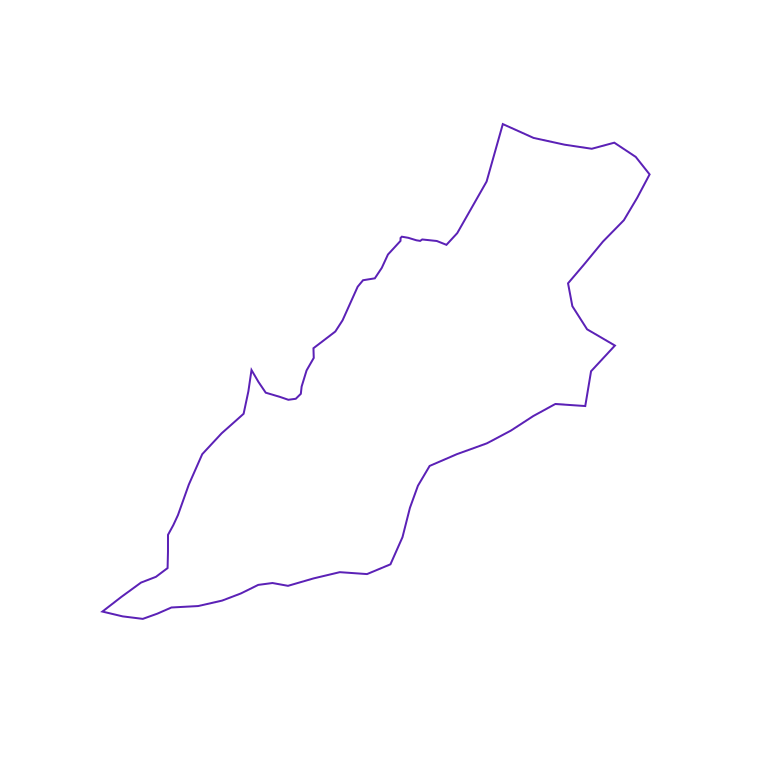 the District of Hajigabul, rotated 105°
{"feature_id": "AZE-1694", "entity_name": "Hajigabul", "entity_type": "District", "adm_level": 1, "iso_a3": "AZE", "parent_name": "Azerbaijan", "parent_adm1": "", "projection": "natural_earth1", "projection_center": [48.915, 40.078], "detail": "fine", "context": "isolated", "style": "outline", "palette": "violet", "viewbox_px": 768, "rotation_deg": 105, "n_neighbors": 0, "source": "natural_earth", "source_scale": "10m", "svg_char_len": 1172}
<svg xmlns="http://www.w3.org/2000/svg" viewBox="0 0 768 768"><g transform="rotate(105 384 384)"><path d="M353.2,183.9L359.0,213.4L376.4,231.6L396.3,249.5L414.7,269.3L432.8,295.3L451.3,318.7L473.5,324.9L496.9,326.9L527.2,326.5L556.5,331.1L572.0,351.2L577.2,378.0L590.0,401.7L603.8,424.5L605.1,440.2L610.6,453.5L623.4,468.1L635.1,484.3L646.6,506.1L654.9,531.5L664.5,543.5L673.3,556.2L676.1,576.3L676.7,597.1L657.5,582.5L638.7,567.3L629.3,554.4L617.8,545.4L602.1,549.2L585.6,553.6L574.9,551.0L564.0,549.1L531.7,546.5L498.8,541.4L473.7,528.1L449.1,511.9L426.2,513.1L404.8,515.6L414.6,505.7L423.0,496.0L423.4,481.0L424.0,472.3L421.1,465.4L415.0,461.8L407.8,462.9L390.9,462.3L377.0,458.6L367.7,461.4L345.9,444.6L333.2,440.5L296.8,434.6L289.2,431.1L284.3,420.2L272.4,416.2L257.9,413.7L241.5,405.1L238.7,405.8L237.1,404.9L236.5,398.4L236.8,389.9L236.4,386.1L234.5,384.5L232.2,370.0L233.4,359.7L219.3,352.3L161.9,337.3L102.2,336.5L107.6,303.2L106.1,271.5L103.0,244.2L91.3,224.0L99.5,199.6L112.8,181.7L138.5,187.6L163.7,194.7L189.8,209.4L217.2,221.9L239.1,232.3L260.1,222.2L278.6,202.0L287.1,170.9L318.1,187.3L353.2,183.9Z" fill="none" stroke="#5b21b6" stroke-width="2"/></g></svg>